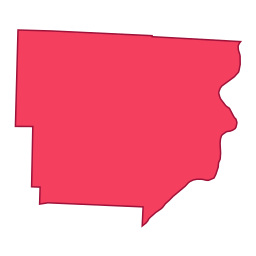 Monroe, Ohio, United States of America
{"feature_id": "52423323B17076198557768", "entity_name": "Monroe", "entity_type": "district", "adm_level": 2, "iso_a3": "USA", "parent_name": "United States of America", "parent_adm1": "Ohio", "projection": "equal_earth", "projection_center": [-80.93, 39.705], "detail": "fine", "context": "isolated", "style": "filled", "palette": "rose", "viewbox_px": 256, "rotation_deg": 0, "n_neighbors": 0, "source": "geoboundaries", "source_scale": "gbopen_adm2", "svg_char_len": 1014}
<svg xmlns="http://www.w3.org/2000/svg" viewBox="0 0 256 256"><path d="M240.6,41.6L152.1,36.7L152.1,35.7L52.5,31.0L18.0,30.0L15.4,126.4L32.8,126.5L31.6,186.8L40.1,187.1L39.6,204.1L48.0,202.8L143.1,206.9L142.2,226.0L146.1,222.9L147.7,220.9L148.9,218.7L150.7,216.9L155.8,212.4L161.2,208.7L162.6,207.4L165.3,203.8L169.4,200.1L173.2,196.2L185.2,186.2L188.3,182.8L190.0,181.5L193.4,179.9L197.1,179.2L202.2,179.3L206.6,180.3L208.6,180.3L214.0,178.0L215.9,174.2L218.2,167.1L218.4,165.4L218.3,164.8L218.7,162.4L220.2,159.0L220.6,152.9L220.1,143.6L220.3,140.8L220.5,138.8L221.5,135.7L222.4,134.6L225.6,132.3L226.8,131.6L230.1,131.1L232.6,130.2L235.0,128.7L235.9,127.4L236.8,123.7L236.9,122.4L236.0,119.2L235.2,118.4L234.7,117.9L233.7,116.5L229.4,108.3L226.4,106.3L225.5,105.4L220.7,99.1L219.7,96.8L218.7,93.0L219.0,91.3L220.3,88.1L221.8,86.0L234.3,76.8L238.5,72.1L239.0,70.6L240.2,64.3L240.1,56.4L239.9,54.9L238.4,50.0L238.1,46.5L238.5,45.0L239.3,43.3L240.6,41.6Z" fill="#f43f5e" stroke="#9f1239" stroke-width="1.5"/></svg>